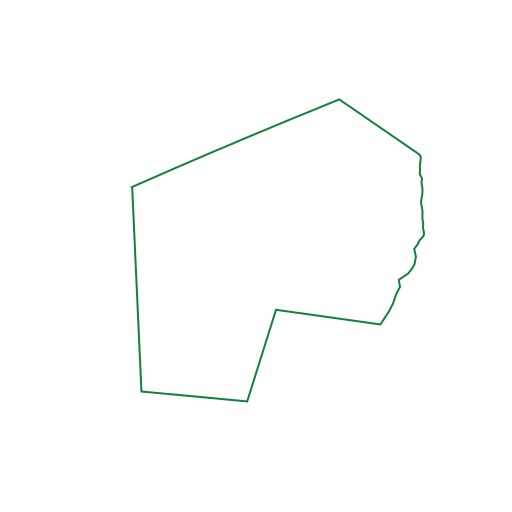 an SVG outline of Tindouf, rotated 124°
{"feature_id": "DZA-2150", "entity_name": "Tindouf", "entity_type": "Province", "adm_level": 1, "iso_a3": "DZA", "parent_name": "Algeria", "parent_adm1": "", "projection": "albers", "projection_center": [-7.582, 27.544], "detail": "fine", "context": "isolated", "style": "outline", "palette": "green", "viewbox_px": 512, "rotation_deg": 124, "n_neighbors": 0, "source": "natural_earth", "source_scale": "10m", "svg_char_len": 1142}
<svg xmlns="http://www.w3.org/2000/svg" viewBox="0 0 512 512"><g transform="rotate(124 256 256)"><path d="M268.1,397.4L259.1,391.6L248.5,384.9L237.9,378.2L227.3,371.5L214.9,363.5L202.4,355.5L190.0,347.5L177.7,339.4L165.3,331.4L153.0,323.3L140.7,315.2L128.4,307.1L116.2,299.0L104.0,290.8L91.8,282.7L79.6,274.5L79.7,267.9L79.7,261.4L79.8,254.8L79.8,248.3L79.9,244.1L79.9,240.0L80.0,235.8L80.0,231.6L80.0,227.5L80.1,223.3L80.1,219.1L80.1,215.0L80.2,210.8L80.2,206.6L80.2,202.5L80.3,198.3L80.3,194.1L80.4,190.0L80.4,185.8L80.4,181.6L80.5,178.5L80.7,176.6L81.4,175.3L82.5,174.3L90.4,170.1L93.1,167.9L95.9,166.4L96.7,165.6L98.8,161.9L99.7,161.2L101.9,160.2L102.9,159.6L106.9,155.8L111.1,153.0L118.0,149.9L120.0,148.5L125.5,143.2L132.0,138.9L135.7,135.4L138.6,133.9L139.5,133.1L143.2,129.4L145.3,128.4L148.2,128.6L150.8,129.0L152.2,129.1L153.5,128.9L154.8,128.5L161.7,128.8L167.2,123.0L173.9,120.1L178.6,119.6L185.3,120.0L195.9,124.3L201.0,119.4L209.4,118.4L218.3,115.9L222.5,115.4L226.7,114.8L235.6,114.7L243.2,114.6L289.4,209.3L381.5,182.0L432.4,275.2L268.9,396.6L268.1,397.3L268.1,397.4Z" fill="none" stroke="#15803d" stroke-width="2"/></g></svg>